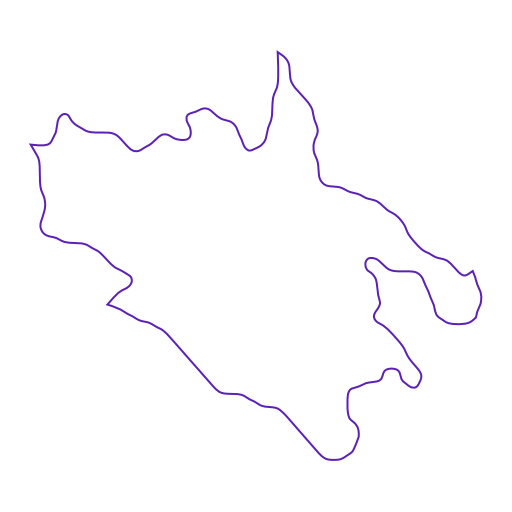 outline of Polo, Barahona, Dominican Republic
{"feature_id": "3306468B683162392169", "entity_name": "Polo", "entity_type": "district", "adm_level": 2, "iso_a3": "DOM", "parent_name": "Dominican Republic", "parent_adm1": "Barahona", "projection": "natural_earth1", "projection_center": [-71.293, 18.122], "detail": "fine", "context": "isolated", "style": "outline", "palette": "violet", "viewbox_px": 512, "rotation_deg": 0, "n_neighbors": 0, "source": "geoboundaries", "source_scale": "gbopen_adm2", "svg_char_len": 5279}
<svg xmlns="http://www.w3.org/2000/svg" viewBox="0 0 512 512"><path d="M277.7,52.1L278.2,67.5L278.2,76.1L278.0,81.2L277.6,84.5L276.9,87.7L274.2,94.0L273.3,96.9L273.0,98.5L272.5,103.5L272.0,115.3L271.1,120.2L268.1,128.0L265.9,138.2L265.4,139.6L264.1,142.1L262.3,144.2L260.3,146.0L258.0,147.3L251.6,150.3L249.3,150.6L248.2,150.3L246.2,148.9L244.6,147.0L243.4,144.6L241.5,139.4L239.1,134.4L236.5,127.7L235.0,125.4L233.1,123.4L231.0,121.9L229.7,121.3L223.2,119.5L220.7,118.5L217.1,116.1L210.5,110.3L208.0,108.9L205.4,108.4L204.0,108.4L201.5,109.0L196.0,111.6L190.2,113.4L188.1,114.5L187.3,115.5L186.7,116.6L186.5,117.9L186.7,120.5L187.5,122.7L189.8,127.1L190.5,129.7L190.8,132.5L190.5,135.3L190.0,136.6L189.3,137.8L188.2,138.7L187.1,139.4L184.6,139.9L182.0,140.0L179.3,139.7L176.6,139.2L174.1,138.3L169.7,135.7L167.5,134.7L164.9,134.3L162.2,134.7L161.0,135.3L158.6,136.9L152.1,142.9L149.8,144.7L145.0,147.3L140.8,150.0L138.4,151.0L137.1,151.2L134.4,151.1L133.1,150.7L130.6,149.3L127.2,146.1L120.8,139.0L118.6,136.8L116.2,134.9L113.4,133.6L110.6,132.9L107.6,132.6L95.5,132.5L91.0,132.2L88.1,131.6L85.5,130.6L76.3,125.2L74.2,123.6L71.6,120.8L68.6,115.8L67.8,115.0L66.7,114.4L65.6,114.1L64.3,114.0L63.1,114.3L62.0,114.8L60.1,116.5L58.7,118.6L57.7,121.3L56.3,130.1L55.6,132.9L51.5,141.2L49.9,143.3L47.7,144.6L43.9,145.3L38.3,145.3L30.7,144.6L37.4,156.1L38.5,158.7L39.3,161.9L39.7,166.8L40.0,182.0L40.5,187.0L41.2,190.1L44.3,197.8L45.1,202.3L45.2,205.3L44.9,208.4L44.3,211.2L42.1,218.6L41.3,220.7L40.6,223.2L40.4,226.2L40.6,227.7L41.0,229.1L42.2,231.6L43.0,232.7L45.0,234.5L46.1,235.2L48.7,236.2L53.9,237.3L56.5,238.1L62.3,241.1L64.8,242.0L68.9,242.7L81.7,243.4L84.5,244.0L87.0,244.9L92.6,248.3L97.5,250.8L99.8,252.5L103.0,255.6L110.3,263.4L112.5,265.4L114.8,267.3L116.0,268.0L120.9,270.4L123.2,271.7L129.2,275.4L130.2,276.2L131.0,277.2L131.5,278.4L131.8,279.7L131.8,281.1L131.5,282.5L131.0,283.7L129.5,285.8L128.6,286.6L126.6,288.1L121.9,290.4L118.3,292.9L113.8,297.3L107.4,304.6L112.2,306.1L120.7,309.6L127.4,313.8L132.3,316.2L136.8,319.0L139.1,320.2L141.4,321.0L147.4,322.2L149.7,323.0L152.0,324.2L156.5,326.9L161.4,329.3L163.7,331.0L167.0,334.0L171.1,338.5L212.7,385.8L215.8,389.1L219.2,391.8L221.8,392.9L224.3,393.5L228.3,393.8L237.7,394.1L241.5,394.8L244.0,395.8L249.5,399.3L254.5,401.6L258.9,404.4L261.2,405.6L264.9,406.6L272.6,407.3L275.2,407.7L277.6,408.5L280.0,410.0L283.3,412.9L286.4,416.1L318.5,452.9L321.6,456.0L323.9,457.7L325.1,458.4L326.3,459.0L328.9,459.6L331.5,459.9L335.4,459.9L338.0,459.7L340.6,459.2L341.8,458.7L344.1,457.5L350.8,453.0L352.3,451.7L352.9,450.8L353.9,448.9L356.3,443.4L358.7,436.8L358.8,433.8L358.6,430.9L357.9,428.1L357.4,426.8L355.2,423.6L353.4,422.0L350.7,419.8L349.9,418.8L349.2,417.7L348.3,414.9L347.8,411.8L347.5,408.6L347.5,398.7L348.0,394.0L349.0,391.3L349.8,390.1L350.7,389.2L351.8,388.6L359.0,386.4L365.9,383.2L368.6,382.6L376.6,381.5L378.9,380.8L380.8,379.4L381.5,378.5L382.4,376.3L383.4,373.0L384.6,370.9L385.6,370.1L386.6,369.5L389.0,368.8L391.5,368.6L394.1,368.8L396.5,369.5L397.6,370.1L398.5,371.0L399.3,372.0L399.8,373.2L401.5,379.1L402.9,381.2L408.5,385.7L410.6,387.0L411.7,387.4L414.2,387.7L415.4,387.4L416.6,386.8L417.5,385.9L418.8,383.8L420.3,380.7L421.1,378.4L421.3,377.1L421.3,375.7L421.1,374.3L419.8,371.6L418.1,369.2L411.9,362.0L409.0,358.2L407.4,355.5L404.2,348.7L402.6,346.1L399.7,342.3L393.4,335.1L387.9,329.4L383.3,325.6L377.6,322.4L375.8,320.8L374.5,318.8L374.1,317.7L373.9,316.4L374.1,315.0L374.5,313.8L375.7,311.6L377.9,308.5L379.2,306.2L380.0,303.7L380.0,302.5L379.5,300.1L378.2,295.1L376.7,282.8L376.0,279.8L375.5,278.4L374.1,276.1L372.5,274.1L370.6,272.5L367.8,270.6L367.0,269.7L365.8,267.4L365.4,264.9L365.4,263.5L365.6,262.2L366.1,260.9L366.9,259.7L367.9,258.8L369.1,258.2L370.3,258.0L372.8,258.0L375.4,258.7L376.7,259.2L379.1,260.9L386.7,268.0L389.2,269.6L392.0,270.6L394.9,271.1L397.9,271.3L408.5,271.3L412.9,271.6L415.7,272.2L417.1,272.8L419.3,274.3L421.2,276.3L422.7,278.6L425.4,285.2L428.4,291.5L430.4,297.1L433.7,304.8L435.3,311.7L436.2,314.2L436.9,315.4L438.6,317.2L445.9,322.1L448.6,323.2L453.0,324.0L459.2,324.2L465.2,323.7L468.1,323.0L470.7,321.8L472.9,320.2L475.9,317.5L477.3,311.6L480.5,304.0L481.1,301.0L481.3,296.4L480.5,291.9L477.2,284.3L475.1,277.0L472.7,271.0L468.6,273.9L466.6,275.0L465.5,275.4L464.3,275.5L463.1,275.3L462.0,274.8L460.9,274.1L458.8,272.4L450.8,263.7L447.4,260.9L446.2,260.2L443.6,259.2L438.3,258.0L435.7,257.2L433.4,256.0L428.9,253.3L425.2,251.6L422.7,250.1L420.5,248.3L417.3,245.1L413.2,240.5L410.3,236.9L408.6,234.4L407.2,231.8L405.6,227.7L404.3,225.0L402.6,222.4L399.7,218.8L397.5,216.6L395.2,214.7L392.8,213.2L389.2,211.3L386.8,209.6L380.1,203.5L377.7,201.8L376.4,201.0L373.9,200.1L368.5,198.8L365.9,198.0L360.2,194.9L357.8,193.9L351.1,192.3L348.5,191.4L342.7,188.4L340.2,187.4L337.5,186.9L329.2,186.2L326.6,185.6L324.1,184.3L322.1,182.5L320.5,180.3L319.4,177.5L318.9,174.5L318.2,165.3L317.7,162.2L316.9,159.5L314.2,153.1L313.6,150.1L313.5,145.5L314.0,142.5L314.8,139.8L316.9,135.0L317.6,132.3L317.7,130.8L317.4,127.9L316.6,125.4L315.1,121.6L314.2,119.0L312.4,110.1L311.2,107.2L308.7,103.3L305.7,99.6L295.1,87.9L293.3,85.3L291.7,82.6L291.1,81.2L290.3,78.2L289.3,65.9L288.5,63.0L287.2,60.4L285.5,58.2L283.6,56.3L277.7,52.1Z" fill="none" stroke="#5b21b6" stroke-width="2"/></svg>